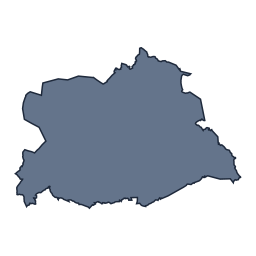 Tuxpan, Michoacán, Mexico (Albers equal-area conic projection)
{"feature_id": "50627088B72618963971649", "entity_name": "Tuxpan", "entity_type": "district", "adm_level": 2, "iso_a3": "MEX", "parent_name": "Mexico", "parent_adm1": "Michoacán", "projection": "albers", "projection_center": [-100.476, 19.578], "detail": "fine", "context": "isolated", "style": "filled", "palette": "slate", "viewbox_px": 256, "rotation_deg": 0, "n_neighbors": 0, "source": "geoboundaries", "source_scale": "gbopen_adm2", "svg_char_len": 5726}
<svg xmlns="http://www.w3.org/2000/svg" viewBox="0 0 256 256"><path d="M168.0,195.9L183.5,187.2L186.3,185.4L186.8,184.5L187.2,184.2L187.8,184.1L191.1,184.5L192.9,183.1L194.1,183.1L194.0,182.7L199.0,180.9L199.8,180.4L201.6,178.5L202.4,176.9L202.7,176.8L203.8,177.5L204.6,177.4L204.4,176.5L204.6,176.1L204.9,176.1L205.5,176.9L205.8,176.9L206.2,176.5L207.7,175.8L220.1,179.1L230.3,178.8L233.3,182.7L233.5,181.4L234.1,180.9L234.9,179.9L235.3,179.7L236.2,180.2L236.8,179.9L238.1,179.8L238.4,179.5L238.7,178.6L239.5,177.6L240.4,177.5L240.6,177.3L240.4,176.7L239.4,176.0L237.4,173.4L236.8,172.2L236.4,170.6L235.4,169.3L235.1,168.6L234.7,168.1L234.8,167.6L235.3,167.2L235.4,166.7L235.2,166.3L234.2,165.1L234.0,164.6L233.9,161.0L233.7,160.3L234.1,159.1L235.4,158.4L235.6,158.0L235.3,157.5L234.1,157.4L233.3,156.6L232.3,156.0L231.8,155.2L231.8,153.9L231.6,153.5L231.1,153.0L230.5,152.8L229.4,150.4L229.1,150.2L226.6,149.6L225.3,148.6L224.9,147.7L224.0,146.7L222.0,145.0L221.3,144.9L220.7,145.4L220.2,145.1L219.7,144.3L218.5,144.3L218.5,143.8L218.7,143.4L219.0,143.2L218.9,142.8L218.2,142.7L217.8,136.8L212.0,130.5L211.7,129.6L211.4,129.7L210.7,130.6L210.4,130.5L209.7,129.7L209.1,129.9L208.6,129.9L208.5,129.5L209.3,128.8L209.2,128.2L207.0,127.6L206.3,127.9L205.2,129.3L203.8,129.4L203.2,130.5L202.3,129.2L201.2,127.3L200.3,127.1L199.0,125.7L198.0,125.1L197.6,125.4L197.2,125.3L196.2,124.5L195.5,123.6L195.7,122.9L196.7,121.9L198.5,120.8L200.1,120.1L200.6,120.5L201.1,120.0L201.4,119.3L201.7,119.1L202.2,119.2L203.1,120.2L203.5,120.4L204.3,120.6L204.8,120.5L200.5,99.2L189.9,92.1L189.2,92.3L187.5,93.0L186.4,93.0L185.5,93.3L182.3,92.1L181.7,91.4L181.8,90.8L182.7,89.8L182.0,88.2L181.5,86.2L180.9,82.8L181.0,81.9L180.9,80.6L181.6,76.0L182.4,74.9L183.5,74.2L184.8,74.8L187.7,75.7L189.9,74.8L190.1,74.3L190.7,73.8L180.7,71.3L179.5,69.8L180.1,69.6L179.8,68.7L179.0,69.2L176.1,65.2L168.6,62.1L166.9,62.1L165.2,60.7L162.2,60.9L161.6,61.4L161.1,61.6L159.3,61.2L158.8,60.9L158.3,60.9L157.3,59.1L155.6,58.1L155.3,57.0L154.8,56.6L153.6,56.5L152.3,56.7L150.8,57.3L149.2,56.9L148.8,57.1L148.5,56.8L148.2,56.8L147.8,56.4L147.7,54.6L146.8,52.5L146.8,52.1L144.5,50.2L143.5,49.2L142.2,48.5L141.5,47.8L140.8,47.8L140.5,48.1L139.7,48.3L139.6,52.1L139.4,54.2L137.6,55.3L137.2,55.9L136.6,56.8L136.2,56.9L135.6,58.1L135.6,59.0L136.0,59.4L136.3,59.9L136.5,61.0L135.4,61.5L135.5,61.9L135.3,62.2L135.6,62.6L135.5,62.8L135.2,62.8L135.0,63.2L135.1,63.6L134.8,64.0L134.8,64.3L134.4,64.5L133.6,64.7L133.5,65.4L132.1,66.5L132.6,68.0L130.3,69.2L129.7,69.0L129.3,68.5L129.8,66.8L129.6,66.5L129.2,66.3L127.9,67.0L127.6,66.8L126.5,65.0L125.4,64.5L121.8,63.4L121.2,66.0L121.6,67.0L120.5,68.4L120.7,69.2L119.5,69.5L118.6,69.4L117.5,69.0L116.7,68.2L115.9,68.1L115.7,68.3L115.9,69.1L115.8,69.6L115.2,69.2L114.2,71.0L114.1,71.9L114.3,72.4L115.0,72.8L112.1,75.3L109.1,78.7L108.3,79.4L107.0,81.0L107.2,81.6L104.4,83.3L104.0,83.7L103.1,84.0L101.2,82.9L96.6,79.8L93.4,77.4L92.7,77.5L78.4,76.1L67.7,79.9L58.2,78.9L42.9,83.0L42.3,86.9L41.4,95.3L30.2,91.8L27.6,93.4L25.8,95.3L25.7,96.6L25.2,97.5L23.4,102.8L22.6,108.6L24.4,119.3L31.9,123.5L39.1,127.3L45.9,141.1L42.2,144.7L38.9,148.7L37.4,149.9L34.6,152.9L31.6,151.7L28.1,150.8L24.8,149.7L22.9,152.1L22.8,153.1L22.8,154.2L23.0,155.5L22.7,156.6L23.3,159.0L23.8,159.6L23.8,160.1L24.0,160.7L23.7,161.4L23.3,162.7L23.2,162.6L23.1,162.8L22.9,163.5L23.1,164.3L23.0,164.6L22.5,165.5L22.3,165.6L22.2,166.3L21.7,166.0L21.4,166.1L21.1,166.7L20.2,167.5L20.0,168.0L20.1,168.6L19.9,168.9L20.1,169.9L19.3,170.7L18.2,171.3L17.4,172.1L16.8,172.4L16.2,173.1L15.4,173.7L17.1,174.8L18.6,176.8L19.3,177.2L20.3,179.1L22.6,179.2L22.5,179.6L20.7,181.8L20.0,183.0L17.4,186.4L16.8,187.7L16.9,189.8L17.1,191.0L16.9,192.7L17.1,193.5L17.0,194.5L17.5,194.7L18.5,194.6L19.0,194.3L19.5,194.3L20.7,194.7L22.5,194.7L23.1,195.3L23.8,196.3L24.1,197.6L24.0,198.8L24.2,200.1L24.2,201.4L26.6,206.6L27.0,206.0L27.8,205.3L29.0,205.1L29.3,204.7L29.6,203.3L30.0,203.2L30.5,203.4L30.7,203.7L32.6,203.3L34.6,204.1L35.2,204.2L35.7,203.9L35.4,202.3L35.6,201.1L35.1,200.6L35.3,200.2L35.2,199.9L34.7,199.4L34.5,198.8L33.8,198.3L33.6,197.9L33.8,197.8L35.1,198.3L35.4,198.3L36.5,197.8L36.6,195.8L36.2,195.4L35.5,195.1L36.5,193.8L39.1,192.4L40.0,192.7L40.9,192.6L42.9,190.9L44.5,189.9L45.2,189.8L45.4,189.2L46.1,188.6L47.6,188.2L48.2,187.2L49.2,186.3L49.9,186.5L49.3,188.4L50.2,189.5L50.1,190.5L50.4,191.4L51.4,192.9L52.0,193.4L52.2,194.1L52.7,195.2L53.4,195.9L55.1,197.3L55.6,197.4L56.6,197.3L57.3,197.7L57.6,198.8L58.3,199.7L58.7,198.0L59.2,198.2L60.9,197.8L63.0,198.6L63.5,199.3L65.1,199.9L68.9,201.5L68.2,200.1L69.2,199.9L70.9,199.9L72.8,201.1L73.6,201.1L74.0,201.3L74.8,202.1L75.9,202.7L77.2,203.1L78.1,203.1L78.6,203.2L78.8,203.6L79.0,204.5L81.1,204.4L82.4,204.8L86.0,206.2L88.0,206.9L88.8,207.5L89.4,208.2L92.4,204.9L92.8,204.7L93.0,205.2L93.4,205.2L93.9,204.8L95.5,203.9L95.5,203.7L94.8,203.1L94.5,202.7L95.7,202.7L96.6,202.2L97.7,201.7L98.6,201.7L98.8,201.8L98.9,202.3L100.4,202.7L101.8,203.8L102.6,203.6L102.7,202.7L104.3,202.7L104.5,203.1L105.4,203.2L105.8,202.9L106.2,202.9L106.8,203.0L107.6,202.4L108.9,202.2L109.2,202.5L110.0,202.9L110.9,203.7L113.1,202.9L114.1,202.7L115.0,202.0L116.0,201.7L119.3,201.6L119.4,200.9L119.9,200.8L119.8,200.3L120.7,200.7L121.2,201.4L121.7,200.5L121.8,199.7L124.2,198.5L124.2,198.2L125.5,198.2L125.6,198.6L127.7,198.3L127.8,198.6L128.5,198.9L128.5,199.1L128.8,199.3L128.8,200.2L131.8,200.2L131.0,197.6L137.4,197.5L137.4,200.0L137.2,201.8L136.6,203.7L139.7,203.3L141.4,205.3L143.2,206.0L145.7,206.5L145.7,205.7L146.8,205.5L148.5,204.6L149.0,203.9L150.7,203.4L152.1,202.4L153.7,201.8L155.5,199.9L157.8,200.1L158.0,200.3L159.5,198.0L160.5,199.1L161.1,198.1L161.6,198.6L168.0,195.9Z" fill="#64748b" stroke="#1e293b" stroke-width="1.5"/></svg>